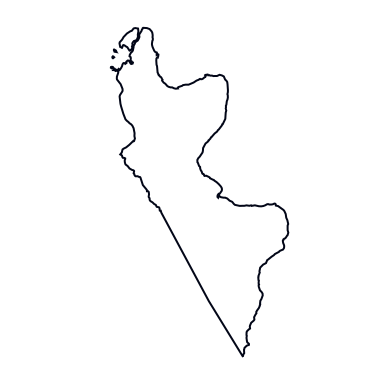 outline of South Vella la Vella, Western, Solomon Islands, rotated 190°
{"feature_id": "97153195B32598831162283", "entity_name": "South Vella la Vella", "entity_type": "district", "adm_level": 2, "iso_a3": "SLB", "parent_name": "Solomon Islands", "parent_adm1": "Western", "projection": "robinson", "projection_center": [156.664, -7.876], "detail": "fine", "context": "isolated", "style": "outline", "palette": "ink", "viewbox_px": 384, "rotation_deg": 190, "n_neighbors": 0, "source": "geoboundaries", "source_scale": "gbopen_adm2", "svg_char_len": 6090}
<svg xmlns="http://www.w3.org/2000/svg" viewBox="0 0 384 384"><g transform="rotate(190 192 192)"><path d="M113.0,38.4L113.3,38.9L113.3,40.0L113.1,41.3L112.6,42.3L113.4,45.7L113.3,45.9L113.2,47.7L111.7,49.7L111.6,50.0L110.0,51.0L109.5,51.1L109.4,51.6L109.6,52.4L111.5,53.6L112.0,54.7L113.0,57.8L113.1,60.0L113.5,60.5L113.9,63.5L113.5,64.7L111.9,66.9L111.1,67.6L111.7,69.5L111.7,70.5L111.0,73.5L109.0,75.9L108.4,77.1L109.1,79.5L108.1,82.6L107.5,83.6L107.9,85.0L107.4,86.5L106.0,89.4L105.4,91.9L105.6,92.2L105.3,93.4L105.6,93.8L105.8,96.8L105.1,98.5L104.4,102.4L104.9,104.3L106.1,105.6L108.0,107.0L109.8,110.3L110.2,111.8L110.2,112.2L109.9,112.5L110.6,113.8L110.8,116.4L111.1,116.5L111.4,117.4L111.9,119.5L111.7,120.0L112.0,120.6L111.3,124.5L111.6,124.9L111.8,125.7L111.7,129.4L109.3,132.9L106.8,134.8L106.1,138.0L105.5,138.5L102.3,142.2L100.4,144.0L99.6,145.3L96.0,148.1L95.6,148.9L94.8,149.6L92.4,151.1L91.7,152.7L91.7,154.0L92.0,155.4L93.4,157.7L94.1,159.7L93.8,161.0L93.5,161.0L93.2,161.9L92.5,162.3L91.7,163.3L90.8,165.5L90.4,165.9L90.1,168.7L91.2,171.0L92.0,175.6L91.7,177.2L93.2,180.8L94.7,183.0L95.9,186.6L97.7,189.2L98.8,190.2L104.8,193.1L107.1,193.2L107.4,194.4L108.0,194.9L108.9,194.9L110.3,193.9L111.5,193.5L113.7,193.1L114.9,193.3L115.9,193.0L117.6,191.6L119.3,190.6L121.3,189.9L123.6,189.6L127.8,189.8L130.8,188.7L131.1,189.1L131.5,189.1L133.1,188.4L136.0,188.3L138.1,187.5L142.8,186.6L147.5,186.8L148.7,187.5L150.7,189.3L153.5,190.0L156.1,191.7L158.4,192.2L160.1,191.9L162.6,191.9L164.3,192.6L165.0,194.0L165.3,193.9L165.0,191.8L165.2,190.9L166.1,191.6L166.2,193.2L165.7,194.4L165.4,194.9L164.7,194.9L164.4,195.2L163.0,198.2L162.9,198.9L163.0,200.1L163.6,201.4L164.6,202.5L167.0,204.4L169.5,206.0L172.0,207.1L172.7,207.7L173.4,207.7L176.7,208.7L176.9,209.2L177.9,209.7L180.1,210.3L180.9,210.5L182.3,210.0L182.9,210.3L183.1,211.0L183.5,211.5L184.0,211.8L184.7,211.7L185.2,212.2L186.1,214.0L186.9,214.6L188.0,216.5L188.4,218.1L189.6,218.9L191.2,221.7L191.8,222.2L192.3,224.5L191.7,226.4L190.6,228.0L188.5,232.7L188.4,234.4L188.7,237.2L187.1,242.1L185.1,244.4L184.7,245.7L184.3,245.8L184.2,246.3L183.2,247.7L182.8,249.1L182.4,249.3L179.9,253.5L177.7,256.0L177.3,257.3L176.5,258.2L174.2,262.6L173.9,264.0L173.5,264.1L171.9,269.8L172.6,276.1L172.4,278.1L173.3,280.2L173.2,281.0L173.6,282.9L173.3,283.9L173.5,287.4L173.1,289.4L173.1,291.4L173.6,293.6L174.1,294.5L174.0,296.5L174.3,298.5L175.7,304.2L176.4,306.4L177.6,307.7L178.4,308.1L179.1,308.8L180.7,311.3L182.8,312.0L185.2,312.2L187.5,310.6L191.1,309.9L192.4,310.1L194.4,309.8L195.3,310.1L196.3,309.7L196.9,310.4L197.3,310.3L199.2,309.6L199.4,309.3L199.2,309.1L198.5,309.2L198.9,307.5L199.5,307.2L201.0,305.4L201.9,304.8L202.9,304.6L203.7,304.8L204.2,304.5L204.9,303.7L206.9,302.5L209.4,300.1L214.0,297.1L216.9,296.6L219.4,295.7L220.1,294.9L223.7,292.9L224.2,291.9L223.9,291.5L226.0,290.9L227.7,291.0L229.8,291.6L231.1,291.3L233.1,291.5L234.6,292.0L237.1,294.0L238.9,294.8L239.8,295.6L240.8,296.5L240.5,297.4L241.2,298.1L241.9,299.2L242.6,299.8L243.7,300.2L244.5,301.2L245.0,301.2L245.2,301.8L245.6,302.0L246.0,303.0L246.6,303.6L248.3,309.9L249.0,311.1L250.0,315.2L250.2,317.3L249.7,318.4L249.4,318.6L249.0,318.5L248.8,320.4L249.1,320.8L249.0,321.6L249.6,321.8L250.6,320.9L250.7,321.3L250.3,322.0L250.9,323.3L251.2,323.4L252.1,323.2L253.7,324.5L256.1,328.1L257.0,330.1L257.2,331.2L257.3,334.0L257.0,334.9L257.2,336.3L257.8,337.7L257.8,338.8L258.2,340.4L258.9,342.2L259.8,343.3L262.1,345.1L264.9,345.6L268.6,345.2L268.9,344.9L268.8,344.5L269.5,343.4L269.7,341.8L271.4,337.7L270.7,335.6L271.0,333.9L271.7,331.8L273.5,330.0L273.9,329.3L274.1,328.0L274.7,326.3L274.9,326.2L275.0,324.9L274.7,324.7L274.8,321.2L275.2,320.0L276.3,318.6L277.1,316.3L277.1,314.8L275.8,314.1L275.4,312.6L275.4,311.3L275.1,310.7L274.2,310.3L273.7,309.6L272.8,309.4L272.6,309.2L272.8,308.1L274.1,307.5L274.7,307.8L276.6,310.0L277.5,310.4L278.2,310.3L279.3,308.9L279.4,308.5L278.9,307.8L279.4,307.2L280.0,306.6L280.4,307.1L280.9,307.2L281.5,307.2L282.1,306.8L282.6,305.5L282.7,303.9L283.2,302.2L284.2,299.9L284.6,299.5L285.1,299.2L285.1,300.1L285.6,300.5L285.8,300.2L285.5,299.4L286.0,299.0L288.8,299.4L289.6,300.0L290.2,299.6L290.7,298.4L289.5,298.6L288.3,297.9L287.5,298.3L286.9,298.4L285.4,297.6L285.4,296.3L286.0,292.6L285.7,290.5L285.4,289.8L281.0,285.8L278.4,281.6L278.0,280.2L278.0,279.1L279.7,275.1L279.9,273.7L279.7,272.9L277.8,266.5L276.7,264.0L273.2,257.1L270.1,252.0L268.5,250.8L266.8,249.9L265.5,248.9L263.7,248.1L262.3,247.0L260.6,244.7L258.8,240.0L258.4,237.0L257.5,234.8L257.9,232.1L258.4,231.7L258.8,231.9L261.9,227.6L264.6,224.5L266.9,222.8L267.8,221.8L268.0,218.7L269.2,216.5L268.8,216.3L268.1,216.4L267.2,215.6L266.7,214.4L266.1,213.7L264.4,213.8L263.6,213.5L263.5,212.9L263.8,211.9L263.4,209.9L262.6,208.1L262.1,207.5L259.9,206.4L257.6,204.3L254.8,203.3L253.4,203.2L252.7,202.7L252.6,202.4L252.7,200.2L251.9,199.6L251.7,198.9L250.9,198.0L250.3,197.7L248.2,198.1L247.1,197.7L245.8,197.7L245.3,197.3L241.6,190.3L236.9,186.3L236.5,184.9L235.4,185.1L234.6,184.5L233.9,182.2L233.9,180.1L233.6,179.3L232.7,178.5L232.4,177.1L232.0,176.4L231.1,175.7L229.2,175.0L227.0,173.5L225.5,173.1L224.2,171.3L221.9,171.2L221.2,170.4L220.5,168.1L220.0,167.9L219.5,168.1L218.6,166.3L156.5,87.5L113.0,38.4ZM289.2,325.7L287.9,322.4L286.9,322.3L286.5,321.9L286.0,321.8L285.6,323.3L285.6,324.3L285.0,324.8L284.0,324.7L281.9,323.7L280.9,323.4L278.1,320.4L277.3,320.8L275.9,322.8L276.0,324.2L276.4,324.9L276.2,325.4L276.2,327.0L276.6,328.0L276.2,329.3L275.5,330.2L275.5,330.5L273.4,331.7L272.9,332.4L272.4,334.0L272.2,335.7L272.7,337.6L272.7,340.9L273.5,343.6L276.4,343.6L277.9,342.9L279.3,340.3L280.6,339.6L283.6,336.8L286.3,332.7L287.3,329.9L289.2,326.9L289.2,325.7ZM293.6,318.7L293.6,318.2L292.7,316.7L291.1,316.7L291.5,317.0L291.4,317.4L291.1,317.5L291.5,318.1L293.3,318.8L293.6,318.7ZM293.5,300.3L292.6,299.8L291.4,300.4L290.7,300.3L291.7,301.4L292.6,301.4L292.8,301.0L293.5,300.9L293.5,300.3ZM293.9,311.0L293.5,310.3L293.2,310.6L292.7,310.3L292.1,311.1L292.8,311.4L292.8,311.7L293.4,311.9L293.9,311.0Z" fill="none" stroke="#020617" stroke-width="2"/></g></svg>